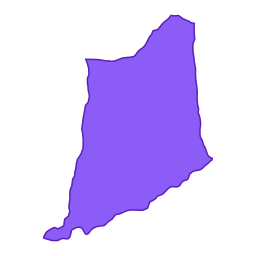 outline of Bidung, Tashigang, Bhutan
{"feature_id": "84629894B69325222968973", "entity_name": "Bidung", "entity_type": "district", "adm_level": 2, "iso_a3": "BTN", "parent_name": "Bhutan", "parent_adm1": "Tashigang", "projection": "equal_earth", "projection_center": [91.654, 27.391], "detail": "fine", "context": "isolated", "style": "filled", "palette": "violet", "viewbox_px": 256, "rotation_deg": 0, "n_neighbors": 0, "source": "geoboundaries", "source_scale": "gbopen_adm2", "svg_char_len": 4033}
<svg xmlns="http://www.w3.org/2000/svg" viewBox="0 0 256 256"><path d="M43.7,237.9L44.7,238.4L46.4,238.9L49.6,239.8L50.8,240.2L53.5,240.6L57.2,240.6L58.9,240.0L60.8,239.1L62.6,238.3L63.5,238.5L65.2,238.6L66.4,238.9L68.0,238.8L69.7,237.3L70.4,235.2L71.7,229.9L76.9,227.4L79.7,227.3L81.4,227.8L82.5,229.0L85.3,233.8L86.0,234.2L87.1,234.1L87.8,233.9L88.4,233.4L90.7,230.4L92.2,228.9L95.7,227.0L97.1,226.5L98.2,226.4L99.2,226.1L103.3,225.7L104.8,225.1L105.9,224.2L106.8,223.0L108.8,221.3L111.6,219.5L112.5,218.7L114.6,215.8L115.9,214.6L117.0,214.3L119.3,214.0L120.6,213.5L124.3,211.8L125.9,211.1L129.5,210.1L132.3,210.0L142.4,210.3L144.5,209.6L147.4,208.3L147.8,207.5L149.8,202.0L152.3,200.8L155.9,198.4L157.1,196.4L158.6,195.7L161.7,194.6L162.6,194.1L164.9,192.0L167.3,189.4L168.6,188.2L169.3,187.8L170.3,187.1L171.3,186.9L172.4,186.6L173.7,186.8L176.8,186.9L178.0,186.6L179.1,186.0L180.1,185.0L181.5,182.6L182.4,181.6L183.7,180.9L186.9,179.8L187.5,179.4L188.1,178.6L189.2,175.5L189.3,174.7L190.0,173.8L191.3,172.8L191.8,172.3L192.9,171.4L194.8,170.8L195.9,170.6L199.2,170.0L200.9,169.4L202.8,167.9L205.4,165.4L206.9,164.3L207.6,163.8L209.3,162.0L210.1,161.3L210.7,160.7L212.0,160.0L212.3,158.2L210.8,157.8L208.9,156.5L207.7,154.9L207.2,153.7L206.0,150.1L205.0,147.3L203.5,144.9L203.1,143.6L202.9,142.8L202.4,141.0L201.7,139.5L200.5,137.3L200.0,135.0L200.0,134.0L200.0,132.3L199.9,129.6L200.6,124.7L200.5,121.8L200.3,120.1L200.0,118.5L199.7,117.2L199.5,116.1L199.2,115.3L198.8,114.3L198.3,113.2L198.3,111.5L198.6,109.0L198.2,107.3L198.0,106.3L197.8,105.4L197.6,104.4L197.5,103.7L197.4,102.8L197.3,101.8L197.2,100.2L197.2,99.2L197.1,97.0L197.2,95.5L197.2,94.6L197.2,93.4L197.2,92.0L197.2,90.9L197.0,89.2L196.9,88.1L196.7,86.0L196.6,85.1L196.3,83.8L196.1,81.8L196.1,80.9L195.9,79.8L195.8,78.8L195.6,77.9L195.6,76.7L195.6,75.3L195.5,74.3L195.5,73.4L195.5,72.5L195.5,71.5L195.5,70.7L195.5,70.0L195.5,69.1L195.5,68.2L195.3,67.3L195.1,66.4L194.9,65.6L194.8,64.7L194.7,63.7L194.5,62.8L194.3,61.8L194.2,60.7L194.1,59.5L194.0,58.7L193.9,57.5L193.8,56.5L193.5,55.0L193.4,54.1L193.1,52.9L193.1,51.9L193.0,51.1L193.0,50.1L193.0,49.3L192.9,48.4L192.9,47.3L192.9,46.4L192.9,45.5L192.9,44.4L193.5,42.4L194.4,39.8L194.7,39.0L194.6,38.2L194.6,37.3L194.5,36.4L194.1,29.8L194.1,28.6L194.2,24.0L194.2,23.3L190.8,22.7L190.0,21.9L187.7,20.7L186.1,20.2L184.2,19.2L182.7,18.6L181.4,17.6L178.5,15.5L175.4,15.8L172.4,15.7L171.1,15.4L170.1,16.6L168.2,19.0L167.0,19.8L164.6,21.8L163.5,22.6L161.9,24.3L159.8,27.1L157.5,29.6L156.7,30.1L155.4,30.1L154.1,30.4L152.9,31.0L152.5,32.1L151.2,35.1L150.6,35.7L149.6,36.6L149.1,37.7L148.2,39.5L147.0,41.9L145.4,44.7L144.4,46.1L143.3,47.3L141.1,48.9L139.1,50.4L137.7,51.9L135.7,54.7L134.2,56.4L132.5,56.8L131.0,57.0L129.3,57.3L126.7,57.5L124.2,57.8L122.3,58.1L120.1,58.9L116.9,60.2L113.8,61.2L111.0,61.3L109.0,60.9L106.3,60.9L101.2,60.1L99.3,59.7L95.9,59.5L91.3,59.4L89.0,59.3L87.4,59.3L85.8,59.3L87.2,63.1L88.6,67.9L88.9,73.3L88.9,75.0L88.2,76.3L87.9,77.1L87.6,77.8L87.4,78.7L87.4,79.8L87.4,81.9L87.5,82.9L87.6,84.2L87.9,85.5L88.0,86.9L88.1,88.8L88.3,90.9L88.9,92.5L89.0,93.8L89.2,94.9L89.4,96.2L88.2,102.2L87.3,103.5L86.2,104.4L85.5,105.4L84.0,114.1L83.7,115.6L83.1,118.5L83.0,119.5L82.6,123.3L82.3,124.5L82.2,125.3L82.1,126.3L82.0,127.6L81.7,128.9L82.0,130.3L82.5,132.9L82.7,133.6L82.8,134.8L83.0,137.0L83.3,141.0L83.1,144.5L83.1,148.4L81.8,151.5L81.2,153.7L80.2,155.1L79.6,156.3L77.5,159.2L77.3,160.0L76.4,163.6L75.8,168.4L74.9,171.9L74.6,176.0L72.8,179.0L72.3,181.6L72.0,185.0L70.8,188.5L70.2,190.0L70.0,191.0L69.8,192.7L69.8,194.9L69.9,196.1L70.0,197.4L69.9,198.6L69.7,200.5L69.5,201.8L69.3,203.0L69.1,204.1L68.9,206.6L69.0,208.4L69.8,211.3L69.8,212.1L69.0,213.5L68.7,215.3L68.3,216.1L67.3,217.1L65.1,218.7L64.7,219.3L64.5,220.5L64.2,221.9L64.1,222.8L64.1,224.2L63.8,225.4L63.1,226.2L61.3,227.2L59.7,228.0L57.6,228.8L56.7,228.4L55.4,227.8L54.8,227.5L53.8,227.6L53.1,228.2L51.7,228.5L49.6,229.9L48.0,230.9L46.6,231.9L45.6,233.4L45.0,234.6L43.8,236.8L43.7,237.9Z" fill="#8b5cf6" stroke="#5b21b6" stroke-width="1.5"/></svg>